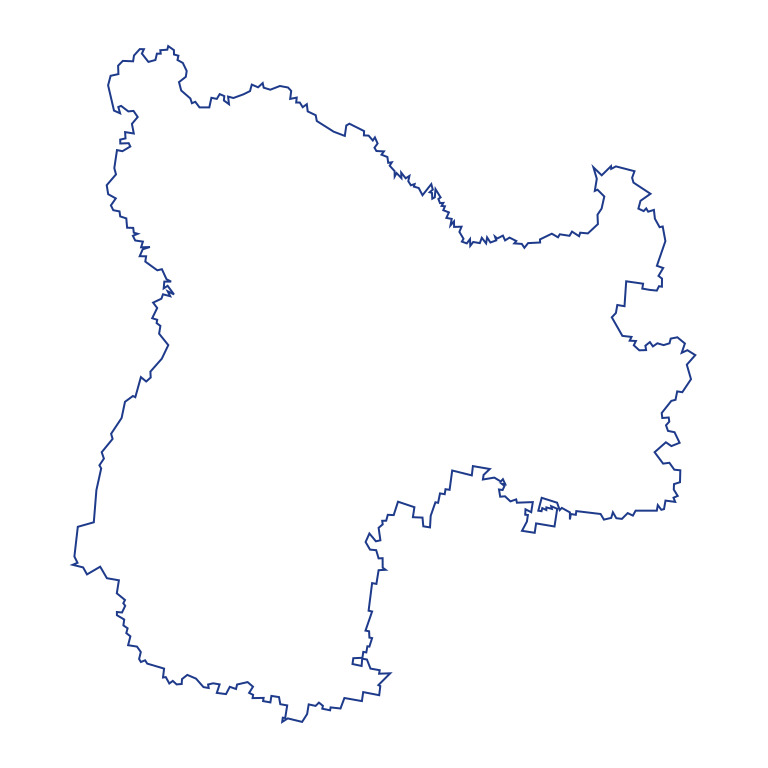 the district of Upper Lachlan, New South Wales, Australia
{"feature_id": "25037944B54834386088268", "entity_name": "Upper Lachlan", "entity_type": "district", "adm_level": 2, "iso_a3": "AUS", "parent_name": "Australia", "parent_adm1": "New South Wales", "projection": "mercator", "projection_center": [149.525, -34.419], "detail": "fine", "context": "isolated", "style": "outline", "palette": "blue", "viewbox_px": 768, "rotation_deg": 0, "n_neighbors": 0, "source": "geoboundaries", "source_scale": "gbopen_adm2", "svg_char_len": 6072}
<svg xmlns="http://www.w3.org/2000/svg" viewBox="0 0 768 768"><path d="M168.2,46.1L167.3,49.7L160.3,50.2L160.7,53.7L156.9,53.7L155.4,60.0L148.4,61.9L141.9,53.6L143.9,49.2L139.8,49.1L134.0,55.5L133.1,61.3L122.8,60.9L118.1,65.7L118.4,74.1L110.6,75.8L108.1,85.3L114.0,110.6L120.1,113.3L118.3,107.0L121.1,105.9L128.3,111.4L133.5,110.9L137.7,117.0L131.9,123.9L133.8,133.5L125.1,132.1L125.5,138.4L120.2,139.6L120.3,143.5L128.7,143.2L130.3,146.5L122.4,151.2L117.0,150.1L114.3,168.1L116.0,174.4L106.7,185.2L108.2,194.2L115.8,198.4L110.9,205.4L113.3,210.2L119.5,211.4L120.2,216.4L126.3,218.4L127.1,227.7L133.2,227.9L133.8,232.7L137.7,233.8L132.9,235.8L135.2,240.5L142.9,241.6L141.1,247.3L149.9,247.0L142.7,249.3L139.7,256.2L146.1,256.3L145.3,261.6L157.3,270.3L161.9,269.2L166.5,279.2L171.1,281.6L164.3,281.6L163.7,288.4L167.6,285.8L174.0,294.4L167.7,291.3L170.2,296.2L163.0,294.3L161.4,298.7L153.1,302.6L157.2,308.0L152.2,318.2L157.2,319.8L156.6,323.1L160.4,325.9L159.1,333.7L168.3,345.1L161.8,358.7L150.4,371.6L150.7,377.5L146.2,381.5L140.9,377.1L135.3,397.2L132.9,396.0L125.0,401.8L121.6,418.0L111.1,433.8L112.6,438.9L101.7,452.2L103.9,458.6L99.4,465.3L101.2,468.4L96.4,490.1L93.8,522.3L77.8,526.8L74.4,556.5L77.5,562.8L72.7,564.8L83.1,567.4L87.0,574.4L100.2,566.7L106.9,578.2L118.9,580.3L116.8,593.3L125.0,600.0L123.3,603.2L125.2,605.8L122.0,612.5L116.9,612.0L116.9,615.2L124.2,619.5L123.4,625.4L127.6,628.3L126.3,633.1L130.4,636.3L128.1,645.2L137.0,646.6L140.8,652.0L139.1,659.0L140.9,662.0L145.1,660.3L147.2,663.6L164.1,668.6L163.0,677.5L165.8,677.1L169.3,683.5L172.8,680.9L176.6,684.4L181.7,684.0L182.0,679.1L187.3,674.9L196.0,678.6L203.5,687.1L208.7,688.0L208.1,684.5L213.2,683.3L219.6,684.4L216.8,692.9L226.0,694.1L229.8,686.8L236.0,689.0L237.1,684.5L247.6,682.1L253.0,686.7L249.1,692.9L253.1,694.8L252.6,698.1L263.6,697.9L263.1,701.1L270.4,702.4L271.4,695.9L279.0,697.1L280.3,704.2L287.2,705.4L285.2,718.0L282.8,717.7L282.2,721.9L287.8,718.4L302.1,721.9L307.1,714.1L308.7,704.4L315.6,705.9L318.9,702.6L322.9,705.8L322.3,708.7L330.1,710.3L330.6,707.4L340.5,708.5L344.4,698.0L361.9,701.1L363.2,692.1L379.2,695.2L380.3,686.1L378.4,685.1L390.2,673.3L379.1,673.7L379.7,670.2L370.5,668.6L366.9,659.5L362.2,658.7L361.6,666.0L352.5,664.0L353.3,658.2L362.4,657.8L363.3,651.9L366.3,652.4L367.4,646.3L369.4,646.6L372.1,638.1L369.4,637.6L369.1,631.3L365.5,630.6L372.1,611.5L368.6,610.7L372.1,583.1L376.4,583.9L378.6,570.2L385.6,569.8L382.7,567.7L382.6,558.2L378.6,558.4L376.2,550.2L370.0,549.6L365.6,542.0L369.4,533.5L375.9,541.3L380.4,540.3L378.6,527.8L382.7,524.4L382.2,520.8L386.2,520.7L387.8,514.8L393.7,515.1L398.0,501.7L414.4,507.2L412.9,517.2L422.5,517.6L423.3,526.3L430.0,527.4L430.7,515.8L435.4,502.3L438.1,502.8L440.0,493.4L444.7,494.2L445.5,489.2L449.6,489.8L452.2,470.5L471.8,475.4L472.9,466.1L489.8,469.0L483.6,474.9L482.9,479.5L494.3,477.6L500.8,481.5L502.9,479.2L505.3,484.3L501.8,483.8L504.5,486.0L502.6,490.0L499.0,489.5L500.2,496.7L505.0,496.3L510.4,501.4L516.2,499.4L516.9,502.7L532.8,502.1L531.2,512.2L525.5,509.3L525.2,514.7L527.9,515.0L526.9,521.6L522.0,530.8L534.7,532.8L536.1,523.4L554.5,526.5L557.2,508.8L551.2,506.2L551.9,508.9L546.4,507.4L546.3,510.0L542.3,508.1L541.5,511.2L538.3,510.7L541.7,497.8L557.1,502.7L559.7,510.1L561.8,507.9L569.9,512.4L569.9,519.5L570.8,514.0L575.8,514.8L576.3,511.1L600.6,514.0L603.9,519.6L611.2,517.9L612.9,512.3L616.3,518.2L621.9,518.9L627.7,513.1L632.9,515.6L635.6,510.7L656.8,510.7L657.8,505.1L661.3,509.8L664.0,509.1L665.5,500.6L675.2,501.9L673.5,497.7L677.7,495.9L673.8,489.6L674.0,484.1L680.0,482.2L680.3,470.3L674.3,469.7L669.4,462.8L663.1,463.6L654.6,452.2L665.9,442.3L671.4,446.1L679.6,442.8L674.5,432.2L668.0,430.9L666.0,425.3L669.3,421.6L668.7,417.5L662.3,418.0L661.7,413.0L671.3,400.9L675.5,399.8L677.2,391.4L682.3,392.2L691.0,379.2L686.8,364.7L695.3,355.1L687.4,350.2L681.7,352.8L684.9,343.5L677.4,337.3L670.7,338.6L669.5,343.3L663.6,345.1L657.4,343.3L652.9,346.4L649.9,342.1L645.4,345.7L646.1,350.1L639.3,350.3L633.8,345.3L635.9,341.0L629.7,340.7L631.5,336.9L622.4,335.9L611.8,317.3L615.9,313.0L617.3,305.0L624.5,306.2L626.2,281.3L643.1,283.7L642.3,288.6L649.9,289.9L656.8,290.6L659.0,286.2L661.9,286.7L662.0,278.6L658.5,275.9L663.2,268.0L656.9,265.8L665.4,241.1L662.7,226.5L659.6,227.2L654.9,218.7L653.9,209.9L648.2,211.7L646.2,208.4L643.7,211.1L638.4,208.6L640.5,200.8L650.5,193.8L633.5,182.6L632.1,177.8L634.5,171.2L615.9,166.4L611.2,168.9L611.0,166.2L601.7,175.3L593.4,167.3L596.8,178.8L594.8,190.9L597.5,189.7L604.3,196.5L601.6,208.6L597.5,214.7L597.9,224.1L587.9,233.4L580.2,232.7L579.1,236.2L572.0,231.6L569.5,235.8L559.8,234.3L558.0,237.3L551.8,233.7L540.0,239.4L540.1,242.5L528.1,243.1L524.4,247.8L521.8,243.9L514.3,243.4L516.3,241.0L509.5,237.6L505.1,240.4L502.9,235.6L497.3,238.5L495.0,236.6L496.2,240.4L490.4,242.5L487.1,237.4L486.1,243.4L481.8,237.8L479.8,243.1L473.2,242.0L470.3,245.8L470.0,239.1L466.8,243.4L461.9,241.6L463.5,238.8L459.4,231.9L461.5,226.7L454.1,226.9L454.0,221.4L450.5,225.4L451.7,218.9L446.4,217.9L448.9,212.4L443.3,210.2L444.9,206.3L441.6,205.9L443.3,202.9L440.0,203.1L438.4,199.0L440.6,197.4L435.5,189.1L434.8,197.3L432.3,198.7L432.0,193.0L429.7,192.2L432.8,189.6L431.3,184.1L422.5,195.2L418.7,188.0L413.9,186.6L414.6,184.1L410.9,185.3L408.3,181.2L409.4,175.9L405.7,178.3L401.2,172.6L401.4,178.1L396.6,173.1L394.7,176.5L394.6,171.1L389.7,165.7L391.8,162.3L388.2,162.8L387.4,157.0L381.5,154.7L383.9,151.4L376.4,151.0L374.5,147.7L377.6,143.5L374.9,137.4L372.8,140.5L368.6,135.6L363.9,135.4L364.1,131.1L349.4,123.7L346.3,125.5L344.8,135.9L333.7,131.7L316.8,121.0L315.7,115.2L307.7,111.4L306.8,104.2L302.7,107.2L299.8,102.5L296.2,102.5L296.7,97.6L290.2,98.9L291.2,90.9L288.0,87.5L279.9,86.0L270.3,89.7L263.7,87.7L262.7,83.1L258.1,87.3L251.8,84.6L250.0,91.1L243.5,94.3L233.4,98.0L228.1,96.6L229.0,104.2L223.9,100.5L224.3,96.1L219.7,94.1L216.8,98.9L211.4,97.8L209.3,107.4L199.5,107.4L195.3,101.8L191.9,103.2L190.4,98.5L181.2,90.5L179.0,82.1L185.8,76.8L186.7,71.0L182.8,62.9L177.5,60.0L178.4,55.7L174.0,54.5L173.9,50.1L168.2,46.1Z" fill="none" stroke="#1e3a8a" stroke-width="2"/></svg>